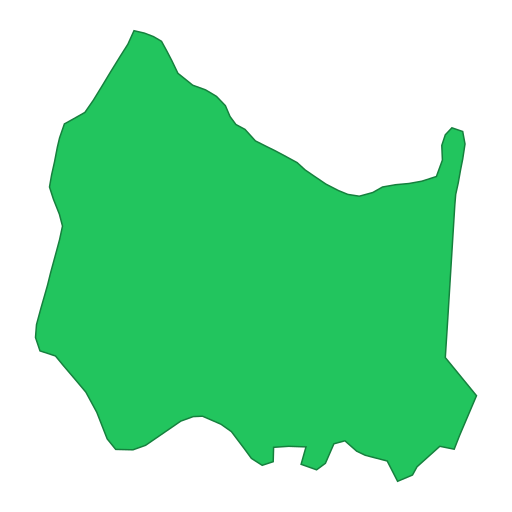 Caaporã, Paraíba, Brazil
{"feature_id": "56859067B18001718921776", "entity_name": "Caaporã", "entity_type": "district", "adm_level": 2, "iso_a3": "BRA", "parent_name": "Brazil", "parent_adm1": "Paraíba", "projection": "mercator", "projection_center": [-34.92, -7.478], "detail": "fine", "context": "isolated", "style": "filled", "palette": "green", "viewbox_px": 512, "rotation_deg": 0, "n_neighbors": 0, "source": "geoboundaries", "source_scale": "gbopen_adm2", "svg_char_len": 1363}
<svg xmlns="http://www.w3.org/2000/svg" viewBox="0 0 512 512"><path d="M134.0,30.7L127.9,44.2L120.6,55.7L110.7,71.7L102.8,84.8L93.3,100.3L84.9,112.4L72.9,119.2L64.4,123.9L59.6,137.8L57.4,147.0L54.5,162.0L51.6,174.9L49.5,187.0L53.4,199.1L59.4,214.2L62.5,226.1L59.6,239.6L55.5,254.8L50.7,272.4L47.6,284.9L44.6,295.5L41.0,308.0L36.5,324.6L35.5,337.5L40.0,350.9L55.5,356.0L63.4,365.6L75.4,379.7L85.9,392.2L96.8,412.3L107.2,438.9L115.7,449.4L133.0,449.8L145.6,445.3L180.8,421.1L193.2,416.6L202.5,416.2L220.9,424.2L231.4,431.6L244.4,448.8L251.4,458.4L262.2,465.3L273.2,461.7L273.6,447.3L288.7,446.3L306.0,446.9L301.1,464.3L316.6,469.8L325.4,463.3L333.9,443.8L344.9,440.8L356.7,451.2L365.3,455.3L387.2,461.0L397.6,481.3L412.5,475.0L417.0,466.8L439.8,446.3L454.2,449.2L459.6,435.4L476.5,395.7L445.3,357.6L447.8,318.3L454.8,205.2L455.7,194.4L458.2,183.1L460.6,169.6L462.7,159.1L465.0,144.0L462.7,131.5L451.9,127.8L445.3,134.8L441.8,145.4L442.4,160.1L436.4,176.5L421.8,181.2L409.0,183.5L395.7,184.7L382.5,187.0L372.8,192.5L359.3,196.2L347.8,194.4L338.3,190.5L325.9,184.1L314.1,176.1L305.2,170.0L297.1,162.6L286.6,156.9L275.4,150.9L266.7,146.6L255.4,140.9L245.0,129.4L235.9,124.5L230.0,116.5L225.4,105.7L216.5,96.4L205.6,89.9L192.7,85.2L177.9,73.3L171.9,60.8L166.9,51.2L161.5,41.3L153.5,36.6L144.4,33.1L134.0,30.7Z" fill="#22c55e" stroke="#15803d" stroke-width="1.5"/></svg>